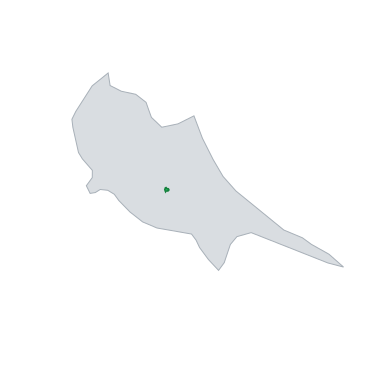 location of Kataliontas, Nicosia, Cyprus, rotated 57°
{"feature_id": "46923920B20268452338603", "entity_name": "Kataliontas", "entity_type": "district", "adm_level": 2, "iso_a3": "CYP", "parent_name": "Cyprus", "parent_adm1": "Nicosia", "projection": "mercator", "projection_center": [33.308, 34.99], "detail": "fine", "context": "in_parent", "style": "filled", "palette": "green", "viewbox_px": 384, "rotation_deg": 57, "n_neighbors": 0, "source": "geoboundaries", "source_scale": "gbopen_adm2", "svg_char_len": 1097}
<svg xmlns="http://www.w3.org/2000/svg" viewBox="0 0 384 384"><g transform="rotate(57 192 192)"><path d="M268.8,203.4L272.2,212.4L257.6,215.0L242.8,215.9L234.6,214.8L227.0,215.3L203.1,241.0L190.2,249.7L175.0,254.9L159.4,258.0L151.6,258.4L144.7,261.7L139.9,267.6L139.8,273.4L137.7,278.2L129.2,277.2L125.6,267.8L119.6,263.8L104.5,265.9L97.1,265.7L72.9,256.7L65.6,253.1L61.1,245.5L48.6,217.9L46.5,197.5L58.1,202.7L69.0,196.4L79.4,186.0L91.8,181.7L99.6,183.6L107.3,185.4L121.2,182.1L127.2,166.7L129.2,148.9L152.6,154.0L176.4,156.6L195.9,157.5L215.1,154.6L273.9,135.7L290.6,124.3L300.9,120.4L318.8,111.0L337.5,105.8L325.5,116.7L258.3,164.5L253.9,178.6L256.9,188.4L266.3,200.3L268.8,203.4Z" fill="#d9dde1" stroke="#a8b0b8" stroke-width="1"/><path d="M178.0,211.8L177.8,211.7L177.6,211.5L177.7,211.2L177.9,210.7L177.4,210.6L177.3,210.3L177.2,210.0L176.3,210.1L175.8,210.9L175.4,211.1L174.9,211.2L174.1,211.3L174.0,212.2L174.3,212.5L174.9,212.2L174.9,213.4L175.7,213.7L176.3,213.9L177.5,214.1L177.3,213.7L177.2,213.2L177.4,212.6L178.0,211.8Z" fill="#22c55e" stroke="#15803d" stroke-width="1.5"/></g></svg>